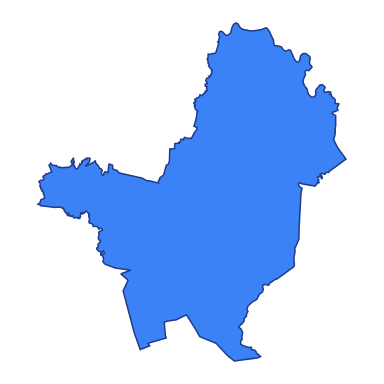 Coyuca de Catalán, Guerrero, Mexico (Albers equal-area conic projection)
{"feature_id": "50627088B15747692686260", "entity_name": "Coyuca de Catalán", "entity_type": "district", "adm_level": 2, "iso_a3": "MEX", "parent_name": "Mexico", "parent_adm1": "Guerrero", "projection": "albers", "projection_center": [-101.014, 18.091], "detail": "fine", "context": "isolated", "style": "filled", "palette": "blue", "viewbox_px": 384, "rotation_deg": 0, "n_neighbors": 0, "source": "geoboundaries", "source_scale": "gbopen_adm2", "svg_char_len": 5831}
<svg xmlns="http://www.w3.org/2000/svg" viewBox="0 0 384 384"><path d="M234.4,361.0L257.7,357.9L260.6,356.6L258.1,354.2L256.7,353.7L256.1,351.8L255.1,350.5L254.1,349.9L253.1,350.2L251.3,349.2L251.7,348.6L251.1,347.2L248.2,347.4L242.5,345.3L240.7,344.2L240.8,340.4L242.1,339.6L241.9,336.3L242.7,332.5L241.0,328.9L238.6,327.1L241.1,324.3L242.2,323.8L242.6,322.7L243.7,321.7L244.3,320.2L243.9,318.7L246.5,316.3L246.1,315.5L246.8,314.2L246.7,313.5L248.0,311.4L246.8,309.4L248.0,306.1L252.1,302.1L256.7,299.5L259.5,294.2L262.4,292.1L263.4,289.3L262.4,286.0L264.4,284.4L268.7,285.2L269.5,283.3L276.0,278.9L276.8,279.1L293.4,267.1L294.4,265.5L293.9,258.1L295.0,251.8L294.8,247.4L295.5,247.1L298.9,239.1L299.1,227.8L301.0,193.0L302.1,188.4L299.3,186.3L298.3,183.8L299.9,182.6L301.0,183.6L302.7,184.0L315.0,186.1L317.1,183.6L317.4,182.8L318.6,183.0L319.1,182.6L319.0,182.0L317.9,181.6L318.9,179.8L318.0,178.8L317.6,176.7L321.1,177.0L321.5,178.6L322.4,178.1L321.9,176.0L320.9,175.0L320.0,175.2L319.8,174.7L321.6,173.4L322.6,173.4L324.4,174.4L325.4,173.8L326.0,172.5L328.7,172.4L329.4,171.3L346.0,159.1L337.6,147.6L334.3,141.1L333.7,138.1L334.5,137.0L335.2,133.5L335.2,128.5L335.7,125.6L335.7,115.7L332.0,113.4L333.0,112.0L334.7,111.7L337.9,110.3L337.2,107.6L338.8,104.3L338.7,103.6L336.1,103.6L335.1,103.2L335.2,99.8L334.0,98.2L331.7,96.5L331.3,94.5L329.8,94.4L330.8,92.5L330.6,92.1L328.4,91.6L324.7,92.4L323.7,90.6L325.2,87.4L323.4,85.4L322.4,84.8L321.0,84.8L319.4,85.3L318.2,87.3L316.2,89.4L315.6,91.3L315.9,95.5L312.9,97.1L311.4,97.0L308.4,94.3L306.8,88.5L305.0,86.7L303.0,82.1L303.5,79.2L305.5,74.6L305.0,72.6L305.3,71.1L306.3,70.1L308.7,70.7L309.7,69.7L310.0,68.7L310.8,68.6L312.0,67.3L311.5,65.9L310.0,64.7L309.6,63.8L309.6,61.1L310.3,58.3L309.6,56.4L306.1,53.7L304.6,53.4L302.6,53.7L300.6,55.8L299.5,60.6L298.4,61.9L297.1,61.9L295.8,61.1L294.4,59.1L290.5,50.2L289.0,49.8L286.3,50.9L284.9,50.9L283.2,49.7L281.4,46.9L278.0,45.9L275.1,45.7L274.4,45.1L273.8,43.5L273.4,40.0L269.3,31.2L267.1,28.2L265.8,27.8L261.8,29.5L254.8,30.7L250.1,31.0L247.2,30.1L244.3,29.8L241.8,28.8L240.2,27.6L237.8,23.7L235.9,23.0L234.6,23.6L233.3,24.9L232.0,27.6L230.5,33.1L227.8,35.2L227.0,35.4L225.4,34.9L222.3,31.7L220.6,31.3L219.6,31.7L218.6,34.1L219.6,37.0L218.4,41.2L217.2,42.6L218.6,41.7L218.6,43.7L215.8,52.8L214.6,53.4L211.6,53.7L210.3,54.4L208.2,54.1L208.0,57.8L207.1,58.9L207.7,59.6L208.2,63.7L208.8,63.9L209.1,64.7L208.7,66.0L209.9,67.9L212.1,69.9L211.5,70.3L211.8,70.6L211.6,70.9L212.0,72.7L210.8,74.5L211.2,74.9L210.1,76.0L208.9,76.1L209.5,76.9L209.2,77.8L206.7,78.2L206.5,79.3L205.8,80.2L205.8,81.0L207.5,83.0L207.2,83.6L205.4,84.0L205.1,85.2L205.4,86.3L207.0,86.8L206.6,88.6L207.6,90.3L205.2,91.1L205.5,92.5L203.6,93.5L202.6,95.2L201.8,95.7L200.1,94.7L199.2,96.9L197.8,97.8L197.0,97.8L196.0,99.0L194.8,99.2L194.9,100.2L196.1,101.2L194.0,102.5L194.8,103.8L194.1,103.7L195.1,105.6L194.4,106.2L195.3,108.4L195.2,108.9L196.7,110.6L197.8,111.3L196.8,112.4L197.1,113.5L195.8,120.0L193.9,126.3L197.1,127.5L196.7,129.7L194.3,132.7L191.4,138.3L187.2,138.3L184.8,137.3L183.7,138.4L183.5,139.8L181.2,139.1L180.5,139.9L180.5,141.8L178.8,142.3L179.3,143.3L174.9,143.5L174.4,148.8L169.8,148.9L169.4,160.9L168.5,164.0L166.2,165.4L163.7,174.9L160.0,177.7L158.3,181.8L158.5,183.0L150.3,181.0L146.5,180.6L142.1,178.1L120.8,173.3L118.7,172.5L117.0,170.4L112.9,169.1L112.5,165.1L109.2,164.0L108.8,164.5L108.0,172.7L105.3,171.6L104.0,172.9L103.9,174.1L102.7,175.5L101.6,173.9L101.3,172.4L101.8,171.9L102.2,169.8L100.5,168.5L99.5,168.4L98.1,165.5L95.8,163.2L95.4,161.0L94.6,161.1L94.3,161.9L85.2,166.4L89.5,161.7L90.1,158.4L88.5,158.0L87.3,158.1L86.9,158.8L86.7,158.3L86.1,158.2L85.9,158.9L84.9,159.7L84.3,159.6L82.1,161.1L82.5,161.4L82.3,161.8L81.7,161.8L81.9,162.7L81.6,163.4L80.8,164.1L80.0,163.9L80.2,164.9L79.8,164.8L78.8,166.1L78.7,166.8L78.1,167.2L78.0,168.4L77.0,169.0L76.4,168.8L75.3,168.3L75.3,167.5L74.4,166.8L74.6,166.0L73.7,165.5L73.7,163.7L74.3,162.1L73.5,159.9L73.6,158.3L73.3,158.3L71.1,161.4L72.0,162.3L71.5,162.8L72.2,163.5L73.0,163.7L73.1,164.2L71.4,165.2L70.3,166.5L68.1,167.4L66.3,167.2L65.6,167.7L64.4,167.4L61.7,167.9L60.0,167.0L58.4,167.6L56.5,165.5L52.6,165.4L50.7,163.2L50.3,164.1L49.0,165.1L51.7,171.9L47.2,173.8L45.5,174.1L45.0,175.4L43.5,175.9L43.0,176.7L43.0,177.5L43.8,178.3L43.6,179.7L42.6,180.3L40.9,180.2L38.9,181.5L40.0,183.3L40.2,185.4L39.8,186.5L40.9,186.9L40.7,188.8L41.9,189.7L42.0,191.0L42.5,190.8L43.4,192.7L43.2,193.7L44.2,195.2L44.2,196.3L44.7,197.1L43.9,198.6L41.0,199.7L39.7,203.1L38.0,204.2L40.2,205.0L40.6,205.7L54.8,207.4L61.5,207.1L62.1,208.3L63.7,208.2L64.0,210.2L64.4,210.4L64.7,211.6L65.8,212.2L65.6,212.6L66.1,213.2L67.0,213.7L68.1,213.2L67.2,214.6L67.5,215.5L68.7,215.2L68.5,215.4L69.0,215.9L70.0,215.8L71.4,216.5L72.9,215.6L73.4,217.6L73.8,217.9L75.4,217.8L76.9,217.2L77.3,218.0L78.5,218.5L79.5,218.3L79.0,217.8L79.8,217.7L79.8,217.3L80.6,216.6L80.2,215.6L80.8,213.8L80.5,213.2L81.3,212.8L81.6,213.8L82.2,213.9L81.9,213.5L82.3,212.6L84.4,213.1L85.8,211.2L86.3,211.3L89.0,213.7L88.8,214.5L89.3,215.1L88.8,215.3L88.7,216.5L89.4,217.4L89.2,218.3L89.7,219.7L88.9,221.1L89.2,222.9L90.7,223.3L93.0,224.5L93.1,226.4L96.9,226.4L99.1,229.2L99.4,228.4L100.2,228.1L101.4,228.5L102.3,229.6L102.5,230.0L98.6,232.2L99.1,234.6L98.3,237.9L98.7,239.6L100.5,240.8L100.0,241.3L100.1,242.4L98.5,243.4L97.9,244.6L98.2,246.3L98.0,247.5L97.1,247.7L96.6,248.4L96.9,249.2L98.8,251.3L99.8,251.4L100.7,252.0L100.8,254.2L103.4,250.9L104.6,253.4L101.4,255.1L103.1,256.4L103.1,257.8L103.7,258.9L102.9,261.5L103.7,262.8L105.3,264.3L115.5,268.1L130.7,270.1L121.4,273.6L121.1,274.2L128.1,280.3L123.1,290.8L134.1,332.3L140.2,349.6L149.7,345.9L147.9,343.3L166.2,338.0L165.4,335.4L164.2,322.2L167.6,321.1L176.3,319.8L186.4,314.8L195.4,328.9L199.7,336.6L216.2,343.4L227.4,355.5L234.4,361.0Z" fill="#3b82f6" stroke="#1e3a8a" stroke-width="1.5"/></svg>